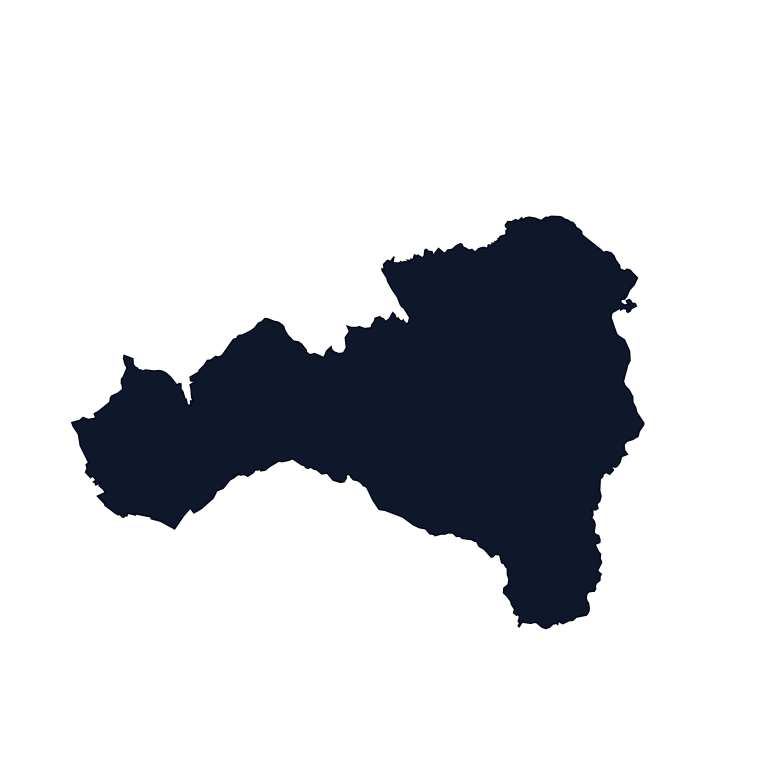 Bosorod, Hunedoara, Romania (orthographic projection), rotated 292°
{"feature_id": "2599482B85285073606156", "entity_name": "Bosorod", "entity_type": "district", "adm_level": 2, "iso_a3": "ROU", "parent_name": "Romania", "parent_adm1": "Hunedoara", "projection": "orthographic", "projection_center": [23.13, 45.647], "detail": "fine", "context": "isolated", "style": "filled", "palette": "ink", "viewbox_px": 768, "rotation_deg": 292, "n_neighbors": 0, "source": "geoboundaries", "source_scale": "gbopen_adm2", "svg_char_len": 6171}
<svg xmlns="http://www.w3.org/2000/svg" viewBox="0 0 768 768"><g transform="rotate(292 384 384)"><path d="M235.6,647.6L239.8,649.5L245.5,658.2L246.9,658.7L250.2,659.0L253.1,658.2L257.3,655.7L259.2,653.1L261.7,651.4L265.4,650.7L268.1,651.7L270.8,656.7L273.5,656.9L275.1,655.7L278.6,655.4L282.8,657.7L286.7,656.3L289.0,656.7L290.7,651.8L300.2,652.6L303.0,649.8L307.4,648.5L308.8,645.8L313.8,640.1L315.1,640.4L317.9,643.4L320.5,642.6L323.9,639.7L323.7,637.6L324.6,634.5L332.5,632.5L335.3,630.5L337.8,626.5L340.6,626.8L343.8,625.4L344.8,623.5L346.9,627.7L348.9,629.0L352.3,626.3L356.2,627.9L361.2,627.3L366.1,623.8L376.8,620.1L380.5,621.6L382.3,620.6L383.7,622.1L385.3,622.4L384.9,627.1L389.9,628.9L390.7,628.4L391.0,626.1L392.8,626.5L393.7,629.8L395.1,631.0L400.0,632.1L405.7,631.4L410.0,636.0L412.5,631.9L417.8,629.2L421.9,630.6L425.7,635.3L430.7,639.1L435.7,638.4L443.4,640.0L445.1,639.5L452.2,629.2L456.8,625.8L460.1,621.6L465.3,619.4L470.3,613.4L472.8,607.8L476.3,604.9L492.9,602.8L498.0,603.3L506.5,599.3L515.0,590.4L516.3,583.7L517.6,580.9L530.5,569.6L535.4,568.6L543.0,574.7L541.4,575.7L543.4,577.1L544.4,580.9L542.3,581.9L541.8,583.3L543.9,584.9L546.4,585.0L550.8,588.8L552.6,586.7L551.8,583.6L553.9,581.1L554.1,579.7L551.9,577.5L549.0,580.7L547.3,577.2L548.1,573.3L549.1,572.6L551.4,572.3L552.7,575.1L556.1,576.2L563.4,576.4L569.8,578.8L577.3,579.2L581.8,569.2L581.4,566.2L579.1,565.0L579.0,559.7L582.2,558.0L585.6,552.5L588.8,549.3L590.6,545.6L590.2,540.7L588.3,538.3L588.4,537.2L589.6,535.0L596.1,512.8L597.2,510.9L599.3,510.2L600.8,506.5L600.9,503.6L602.9,501.8L604.6,498.2L604.0,496.5L604.9,492.8L604.4,490.2L605.3,486.4L604.9,484.0L602.1,476.2L599.7,473.6L599.3,471.7L594.4,468.5L594.3,461.8L593.1,456.3L591.2,453.2L588.2,451.3L589.6,449.4L585.9,447.7L585.5,444.2L582.3,441.7L581.0,438.0L576.6,437.0L575.1,438.6L574.1,441.7L572.2,439.6L568.1,441.2L564.2,436.3L561.9,436.5L561.6,435.4L559.6,436.4L559.6,435.3L558.2,434.8L557.5,433.5L555.4,433.3L554.9,431.4L553.1,432.4L552.0,428.7L548.5,429.2L548.1,425.5L546.9,423.3L544.5,420.8L541.2,419.7L540.6,417.8L541.7,415.1L539.9,412.8L540.6,407.7L540.2,406.4L542.7,403.9L542.6,402.2L539.5,399.3L534.5,397.0L532.0,392.8L529.1,392.1L527.8,390.6L530.1,383.8L522.3,381.6L522.5,380.1L524.3,379.5L524.5,378.2L523.6,375.4L524.6,373.4L524.5,372.2L522.9,371.8L518.6,373.2L516.4,373.1L515.3,371.4L516.2,367.3L514.9,367.2L515.1,363.9L510.1,364.3L509.8,362.3L508.6,363.1L507.5,359.4L506.7,361.4L506.1,361.4L505.1,356.9L503.4,355.6L503.9,353.7L501.9,353.0L499.9,347.5L500.8,346.5L505.8,345.6L500.0,344.2L500.0,341.0L494.8,338.8L491.1,340.8L490.4,340.7L489.9,339.0L488.3,340.0L483.5,346.9L480.3,349.3L474.1,357.1L469.6,364.0L463.8,369.4L462.4,371.6L461.8,374.0L455.4,382.9L450.8,383.6L448.0,383.1L449.6,378.6L450.5,377.8L449.0,377.4L448.8,375.1L450.6,372.2L448.5,371.6L452.3,368.0L453.4,365.4L446.6,364.6L442.4,362.0L444.2,359.1L444.2,356.0L444.8,355.0L441.7,351.2L438.1,351.6L434.2,350.5L431.3,351.1L428.1,345.4L427.9,339.6L426.4,338.0L424.2,332.9L423.8,328.3L420.4,331.8L418.9,332.2L412.6,330.7L403.7,335.5L397.5,334.8L395.2,330.6L395.0,325.9L396.2,322.7L398.7,321.0L393.2,318.5L385.9,318.4L386.2,308.3L383.2,304.3L384.5,300.3L386.3,299.1L390.1,292.6L390.9,288.4L389.8,284.1L393.2,276.4L396.8,271.7L399.5,269.7L400.6,267.6L401.7,262.8L400.9,258.7L400.9,252.1L400.1,249.1L395.8,247.4L393.5,244.8L387.1,243.0L383.1,240.4L376.2,234.2L374.7,231.3L373.1,230.4L371.2,230.6L369.0,227.7L350.2,223.3L347.1,220.9L346.4,217.5L341.3,214.5L339.6,211.3L333.7,210.2L328.0,207.7L325.5,207.7L317.8,201.7L314.7,203.4L314.7,205.1L316.2,206.7L315.5,208.1L310.5,204.5L307.9,206.6L299.5,210.7L296.7,213.6L295.9,211.1L291.4,212.8L291.1,209.3L295.8,206.3L295.2,205.4L301.3,200.5L301.6,200.1L300.6,200.3L303.1,197.7L308.0,195.7L307.5,193.7L306.6,194.1L305.7,191.9L310.5,183.4L312.6,177.4L312.8,173.3L312.1,170.3L309.8,165.8L307.7,157.8L305.2,154.7L305.9,153.7L305.3,151.5L305.5,150.1L306.3,149.6L306.4,147.0L308.2,144.1L313.3,141.7L313.1,132.3L310.4,132.9L305.7,136.2L302.7,139.7L292.5,139.6L290.3,138.8L286.1,140.3L285.1,141.7L280.9,143.7L275.9,140.8L270.9,136.1L268.9,135.6L264.3,136.6L251.7,129.6L247.9,126.5L245.3,129.0L243.0,128.3L243.0,127.3L240.3,123.2L240.2,117.4L236.4,115.7L231.3,109.0L228.4,111.6L223.0,119.5L213.1,125.5L200.5,139.6L197.5,138.1L194.7,140.3L190.4,140.4L187.3,147.0L189.5,148.2L188.5,150.5L187.0,153.0L184.4,151.4L184.3,153.1L182.5,154.5L183.8,156.0L186.0,156.2L186.7,157.3L183.0,158.0L181.3,163.0L179.6,165.7L178.4,165.8L172.7,160.3L168.2,170.3L167.1,170.5L163.7,182.8L163.2,186.8L164.2,187.9L162.7,191.5L163.1,192.6L164.7,193.0L165.4,195.0L168.2,194.8L169.4,202.6L170.6,202.6L173.6,218.2L171.9,218.6L173.1,228.3L171.2,244.1L187.0,247.6L196.4,250.8L193.3,256.1L200.4,261.5L214.1,268.3L222.2,269.0L227.3,274.0L237.3,277.0L241.3,280.3L242.5,278.6L243.6,278.8L242.2,280.4L245.2,282.7L245.9,282.4L245.9,285.4L247.4,287.5L247.8,289.7L247.4,292.1L252.7,295.9L256.7,296.9L256.7,298.7L258.1,300.4L258.2,301.4L257.4,302.3L259.8,306.3L263.7,308.2L273.2,315.3L273.8,318.5L277.4,324.1L280.5,327.1L278.2,338.0L278.7,341.2L277.3,342.4L277.2,343.7L277.5,345.5L279.0,346.1L279.4,348.7L278.8,350.8L279.3,353.8L277.4,360.1L280.1,364.7L275.8,372.8L276.4,380.0L278.4,383.6L282.9,384.3L284.7,383.1L287.3,384.5L286.7,385.4L287.2,386.4L285.4,388.1L283.8,391.4L284.6,396.3L283.4,400.6L282.1,402.7L281.9,406.5L272.0,417.5L265.9,426.4L267.3,432.1L267.7,451.4L264.4,463.9L264.1,470.7L265.3,477.0L262.3,482.4L263.2,486.4L262.5,488.2L266.3,493.1L267.6,496.6L270.1,499.3L271.6,503.8L269.8,508.1L271.2,511.3L270.2,514.6L272.6,523.4L272.1,527.4L273.1,528.4L269.2,532.8L268.2,539.2L263.6,548.2L264.9,549.8L267.7,550.8L269.0,555.3L262.3,560.1L262.4,562.9L260.2,565.1L259.4,567.4L253.4,569.9L249.9,573.0L244.5,574.3L239.6,571.6L235.1,573.1L233.6,577.2L230.1,582.9L227.4,584.8L224.0,589.5L220.4,589.9L219.3,593.3L220.5,595.0L219.6,596.2L217.9,597.2L214.4,597.3L213.3,599.3L209.9,599.1L209.6,600.3L215.0,601.3L217.1,609.8L219.4,612.7L219.9,615.0L217.7,621.7L217.9,625.7L220.7,628.7L224.8,630.6L225.8,632.3L226.9,632.8L226.2,635.1L229.6,634.4L230.0,635.3L229.0,636.6L228.8,639.6L233.9,644.2L235.6,647.6Z" fill="#0f172a" stroke="#020617" stroke-width="1.5"/></g></svg>